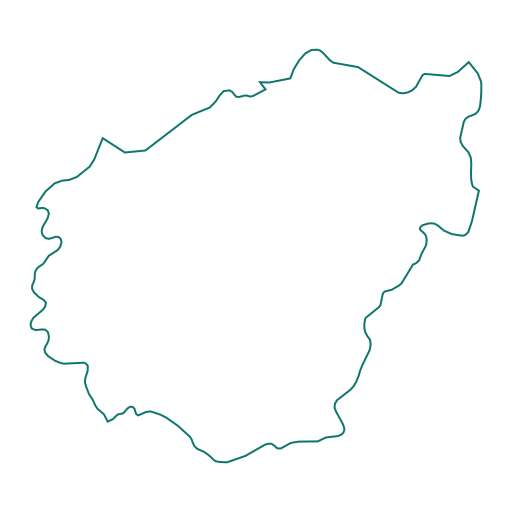 Corrèze, Mercator projection
{"feature_id": "FRA-5280", "entity_name": "Corrèze", "entity_type": "Metropolitan department", "adm_level": 1, "iso_a3": "FRA", "parent_name": "France", "parent_adm1": "", "projection": "mercator", "projection_center": [1.862, 45.347], "detail": "fine", "context": "isolated", "style": "outline", "palette": "teal", "viewbox_px": 512, "rotation_deg": 0, "n_neighbors": 0, "source": "natural_earth", "source_scale": "10m", "svg_char_len": 3013}
<svg xmlns="http://www.w3.org/2000/svg" viewBox="0 0 512 512"><path d="M249.8,96.5L252.8,96.1L265.5,89.4L260.0,82.2L269.3,82.5L290.3,78.4L293.7,69.4L299.0,60.6L305.2,53.5L311.5,50.0L317.2,49.7L320.1,50.6L322.6,52.4L329.7,60.1L333.3,62.7L358.1,67.1L398.5,92.7L402.8,93.3L407.7,92.5L412.2,90.3L416.0,86.8L422.5,75.2L424.6,73.9L449.5,76.0L457.6,72.1L468.8,62.1L477.8,73.5L481.0,81.4L481.3,84.5L481.3,91.8L480.7,100.6L480.1,105.7L479.5,108.1L478.8,109.9L477.4,112.0L475.4,114.0L468.5,116.7L465.8,118.5L463.9,121.5L460.1,138.1L460.8,142.3L462.8,146.0L468.5,152.3L470.8,157.8L471.3,163.6L471.0,172.8L471.2,179.8L472.2,184.8L473.2,186.8L478.9,190.7L471.9,221.4L468.4,231.8L466.1,234.4L464.1,235.4L461.9,235.7L451.8,234.1L443.6,230.4L438.6,226.1L435.8,224.3L434.3,223.6L431.7,223.3L428.4,223.5L422.6,225.2L420.5,227.0L419.8,228.7L420.6,230.1L421.8,231.3L423.1,232.3L424.3,233.5L425.3,234.7L426.0,236.2L426.4,237.9L426.6,240.0L426.5,241.9L426.3,244.0L425.8,245.8L421.5,253.9L419.1,260.3L417.5,262.0L415.7,263.4L413.0,264.5L401.5,283.5L398.7,285.7L391.6,289.8L385.0,291.4L383.4,292.7L382.6,294.5L380.5,305.0L378.8,307.3L365.4,318.1L364.7,321.5L364.3,324.9L364.5,329.1L365.5,332.8L367.5,336.3L369.9,339.6L370.7,344.3L369.7,350.0L362.1,365.7L360.0,371.0L358.7,375.7L356.1,382.1L353.5,386.3L350.5,389.7L337.1,400.1L334.9,403.8L334.6,407.6L335.7,410.9L342.7,423.8L343.7,426.4L344.2,428.1L344.4,429.2L344.2,430.3L343.4,432.7L341.1,434.8L338.3,436.0L325.8,437.5L317.8,441.4L299.1,441.6L291.8,442.7L289.9,443.4L281.0,448.4L278.3,448.5L276.5,447.8L274.6,445.8L271.5,443.8L268.4,443.7L265.0,444.7L245.4,455.9L227.1,462.3L219.5,462.0L215.4,461.1L213.1,459.4L211.1,457.3L207.9,454.5L203.8,451.8L197.2,448.8L194.2,445.8L192.8,442.7L191.7,439.6L189.9,436.7L177.9,425.8L166.4,417.7L160.6,414.7L150.5,411.4L146.0,412.0L138.3,415.4L136.2,414.1L135.3,411.7L134.5,408.8L132.6,406.8L130.1,406.8L127.5,408.4L124.3,412.1L123.2,413.3L117.7,414.5L114.2,417.8L113.0,419.1L107.7,421.6L103.8,414.1L97.6,408.9L95.2,405.3L92.8,399.9L88.9,393.9L86.3,387.1L85.0,382.6L85.2,378.8L86.2,375.2L87.6,371.3L87.8,365.9L86.1,363.7L83.6,362.7L63.7,363.7L59.8,362.7L55.1,360.8L48.3,356.3L45.2,352.7L44.4,349.3L45.5,346.4L47.2,343.4L48.6,340.1L48.9,336.6L48.0,332.3L45.5,329.8L42.6,329.4L35.7,330.1L31.9,328.6L30.8,326.3L30.7,323.3L31.8,320.4L33.6,317.6L42.7,309.9L45.1,306.7L46.0,302.7L43.4,299.7L38.8,297.0L33.9,292.3L32.1,288.8L32.2,285.3L33.6,282.3L34.6,279.2L34.9,273.0L35.9,270.0L38.1,267.4L43.4,263.7L48.8,255.8L57.9,249.9L60.3,246.6L61.5,242.0L60.7,238.8L58.5,236.9L55.4,236.8L52.1,238.0L48.8,238.8L45.6,238.1L42.6,235.1L41.7,231.8L42.1,228.4L43.6,225.1L45.8,221.6L47.7,218.0L48.9,213.5L47.7,210.3L44.9,208.4L42.4,207.9L38.2,208.5L36.5,207.1L38.2,202.0L45.5,191.5L54.7,183.3L62.4,180.6L69.3,179.9L76.9,176.9L89.7,166.6L94.3,159.3L102.7,138.2L124.9,152.5L145.4,150.5L191.9,114.8L209.8,107.5L215.5,101.7L219.5,95.7L223.5,91.2L229.4,90.3L232.2,91.9L236.1,96.7L239.0,97.0L244.4,95.6L246.9,95.6L249.8,96.5Z" fill="none" stroke="#0f766e" stroke-width="2"/></svg>